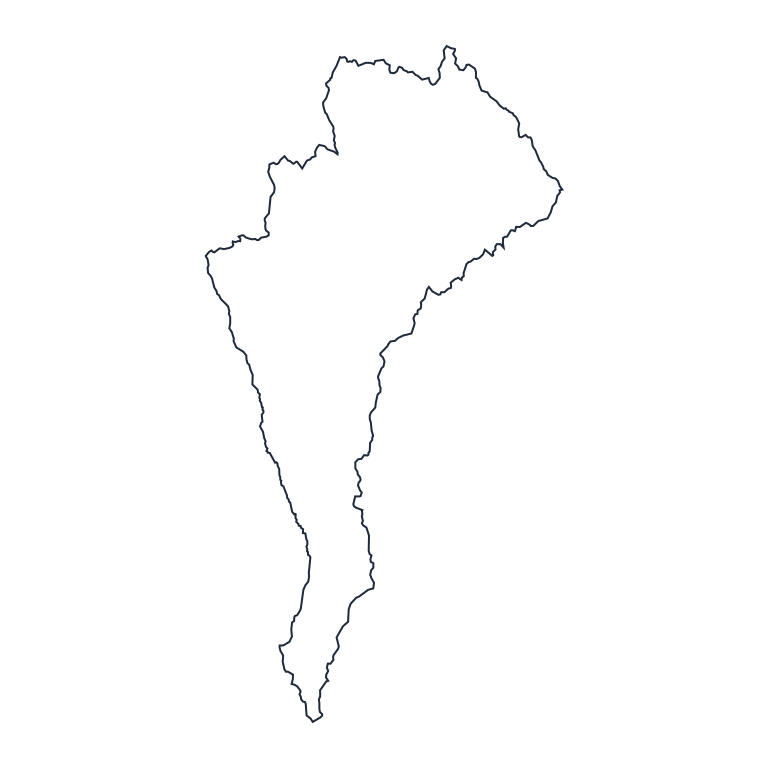 Andahuaylas, Apurímac, Peru (Equal Earth projection)
{"feature_id": "86281439B76349531023919", "entity_name": "Andahuaylas", "entity_type": "district", "adm_level": 2, "iso_a3": "PER", "parent_name": "Peru", "parent_adm1": "Apurímac", "projection": "equal_earth", "projection_center": [-73.404, -13.978], "detail": "fine", "context": "isolated", "style": "outline", "palette": "slate", "viewbox_px": 768, "rotation_deg": 0, "n_neighbors": 0, "source": "geoboundaries", "source_scale": "gbopen_adm2", "svg_char_len": 6049}
<svg xmlns="http://www.w3.org/2000/svg" viewBox="0 0 768 768"><path d="M466.6,64.9L465.5,67.6L463.4,70.2L459.5,69.6L457.6,65.9L455.1,63.6L456.1,58.3L453.1,54.0L455.0,50.4L454.8,48.9L451.0,48.2L446.6,46.1L443.7,50.4L444.6,58.4L442.0,61.8L440.6,66.2L438.4,69.2L439.6,73.0L439.8,77.9L435.2,83.9L432.8,84.8L431.0,83.7L429.6,81.2L428.8,78.0L422.1,79.6L417.5,75.6L415.9,75.2L412.5,71.8L407.9,72.4L407.0,71.4L403.5,70.0L402.2,67.9L399.4,66.8L398.5,67.4L397.0,71.1L395.1,72.7L393.3,73.2L390.4,72.7L389.3,69.6L389.8,65.3L385.8,63.3L383.6,59.8L375.2,61.0L373.9,64.3L370.7,62.9L365.8,62.8L358.4,65.8L355.5,60.5L353.5,60.2L351.8,61.9L349.9,61.2L348.3,61.9L347.2,61.5L346.6,58.8L344.6,57.1L341.3,57.7L340.0,57.1L336.6,65.7L332.8,72.4L331.5,77.9L330.4,78.3L329.9,80.1L326.0,83.4L326.5,85.9L328.5,87.7L329.0,90.1L326.2,98.2L323.0,102.7L323.4,106.5L325.2,112.7L326.7,114.0L329.2,120.1L333.1,126.3L333.6,128.4L333.1,131.4L334.7,136.0L333.8,140.3L335.0,142.8L334.6,144.9L335.2,147.5L337.7,152.8L337.5,154.3L334.2,151.7L327.4,149.3L324.8,146.2L319.2,144.9L317.0,147.6L315.1,151.8L315.5,156.2L311.8,157.4L310.2,159.4L306.9,160.6L302.2,168.5L297.2,161.8L296.3,161.7L293.6,163.7L293.0,163.6L289.9,161.0L288.1,160.6L284.5,156.2L280.5,159.8L278.7,163.0L277.2,164.0L276.0,164.2L273.7,162.7L269.4,164.4L269.3,167.6L268.2,171.7L269.7,176.4L274.2,185.2L274.6,188.4L274.1,192.2L270.6,196.8L268.9,213.4L264.8,218.3L264.7,220.4L265.6,222.9L265.2,226.0L265.5,229.1L266.0,230.4L268.7,232.6L268.6,235.4L266.0,236.8L261.2,237.6L258.7,240.0L257.0,240.1L255.4,239.0L251.9,239.3L248.5,238.4L245.9,237.5L243.5,235.4L241.8,235.4L238.6,236.6L240.4,238.7L240.2,241.2L238.0,241.1L235.4,242.1L232.8,241.4L232.6,242.8L233.3,244.9L232.5,246.4L229.6,247.9L224.1,249.1L219.7,248.3L214.3,252.4L212.8,251.9L211.6,250.5L209.2,251.8L205.7,256.0L207.6,259.3L208.6,265.1L207.6,267.8L208.1,273.0L210.8,276.1L212.1,278.8L214.3,287.5L216.5,291.0L217.2,294.0L219.1,295.3L220.8,299.0L228.0,306.2L229.3,311.0L228.9,313.8L230.2,317.1L230.2,323.6L229.3,328.2L231.9,332.3L233.8,338.6L233.6,341.1L236.3,347.4L243.4,351.8L246.3,355.5L246.5,359.6L247.5,363.2L249.2,364.7L250.5,369.9L252.7,374.9L252.4,384.5L257.6,389.6L258.0,392.4L259.9,394.3L259.3,397.7L260.0,399.2L259.8,400.8L261.1,402.7L261.9,407.0L262.8,407.5L262.5,409.8L263.4,410.6L263.4,412.5L261.7,414.8L262.5,421.7L261.2,422.9L260.0,426.5L263.0,431.8L264.2,438.1L265.6,441.3L265.0,443.4L266.2,447.3L267.4,448.4L266.5,451.0L267.5,451.4L267.7,452.6L269.8,453.0L275.1,462.7L276.1,462.3L277.3,463.1L277.7,466.0L279.2,469.0L279.4,475.2L280.2,476.9L280.3,479.8L281.3,480.8L280.9,482.3L281.5,485.1L283.4,486.3L287.0,495.5L287.1,497.7L288.5,499.3L289.1,501.7L290.2,502.4L292.2,511.9L294.2,514.4L295.0,513.8L295.7,514.2L295.5,518.0L296.7,519.8L296.2,521.8L298.5,524.0L298.7,525.6L300.6,526.0L301.0,527.8L303.1,529.2L302.9,533.0L305.4,533.5L306.3,539.2L307.3,541.0L307.4,544.6L306.4,546.6L307.3,549.4L307.0,551.2L308.0,552.1L307.9,554.7L309.4,555.6L310.4,557.3L308.8,572.9L309.1,576.3L308.2,581.8L305.6,584.9L303.4,589.7L300.8,608.6L300.0,610.7L297.1,615.3L295.0,615.9L294.3,617.3L294.1,621.0L292.1,622.5L291.3,629.3L291.9,636.6L289.4,641.8L283.4,645.4L279.6,645.5L279.6,647.5L280.5,651.0L283.2,655.6L282.7,661.7L284.5,669.6L286.1,671.8L287.8,671.6L293.0,674.6L292.8,679.2L291.6,684.0L294.7,684.8L297.2,686.4L300.3,690.5L300.6,691.7L299.5,694.4L300.8,696.7L301.1,699.3L303.0,701.6L304.9,702.0L305.7,703.7L306.6,715.5L310.6,718.5L312.7,721.9L320.3,717.5L322.2,715.6L322.1,714.1L319.9,712.0L319.4,708.9L319.3,702.1L318.8,699.8L320.2,696.2L320.1,690.2L326.3,681.4L328.2,680.8L326.0,677.5L326.3,674.6L328.2,670.9L326.9,667.8L327.8,663.6L330.5,663.7L333.4,659.9L333.1,656.6L333.6,655.1L338.2,648.6L338.8,646.4L336.6,637.4L343.0,626.2L348.1,621.8L348.7,609.2L350.7,603.7L356.1,597.8L359.1,596.5L368.0,589.9L373.2,588.4L373.4,587.6L374.0,582.7L371.4,578.2L370.2,574.6L371.2,570.2L373.3,567.8L373.4,563.3L370.8,561.8L370.4,559.4L371.5,555.4L369.7,554.2L368.7,550.9L369.0,535.6L366.4,527.5L363.0,525.3L361.9,523.3L362.9,520.9L361.8,516.2L362.4,514.3L361.9,511.0L362.4,510.1L355.6,507.5L354.0,506.2L353.3,504.2L355.2,496.4L359.9,496.4L360.7,495.9L361.7,492.4L360.1,490.5L358.0,485.4L358.7,482.5L360.3,480.7L360.5,479.5L360.0,477.2L357.8,474.5L357.4,471.6L355.4,468.5L355.3,462.4L358.2,459.2L361.5,458.8L364.0,455.2L367.5,455.5L368.4,454.7L368.5,452.7L369.7,451.4L370.1,443.0L372.2,439.9L372.3,437.2L373.1,436.0L371.6,430.2L370.8,422.5L369.8,419.2L369.7,415.6L370.9,412.6L375.3,407.5L375.8,402.7L377.6,394.5L380.4,391.9L380.6,387.9L379.5,385.4L379.3,381.0L378.1,378.0L378.1,376.2L381.4,368.4L383.5,366.4L384.5,361.4L383.0,357.6L380.4,355.0L380.3,353.5L387.7,345.9L388.1,344.5L390.4,341.5L395.1,340.8L398.0,338.1L403.0,335.6L411.4,333.5L414.4,324.6L414.6,322.9L413.4,318.3L415.3,314.3L417.4,313.9L417.7,310.4L420.8,308.3L421.2,304.7L420.8,302.2L424.7,298.5L427.0,289.6L428.9,286.9L432.5,291.5L438.5,294.8L440.3,294.4L441.2,292.2L444.4,292.2L448.4,288.6L450.8,288.0L451.2,286.5L450.7,282.6L454.8,279.3L458.3,277.8L461.5,280.0L461.9,277.6L463.7,276.3L463.6,273.1L466.5,264.1L468.8,261.9L470.3,261.8L474.2,258.7L476.2,259.1L479.3,258.0L483.1,254.3L484.9,249.7L492.3,255.9L493.3,255.1L492.8,253.0L493.2,251.7L495.5,249.6L495.3,246.4L496.9,244.1L500.5,244.2L503.6,247.6L502.9,243.1L503.1,237.9L505.1,236.8L507.1,236.7L510.8,230.4L512.3,230.2L514.9,231.2L516.2,226.8L519.9,227.0L526.0,222.8L529.7,224.7L531.0,226.1L533.3,225.9L538.2,221.1L547.6,218.4L550.8,212.2L552.5,206.3L555.9,202.4L557.3,195.9L560.0,192.5L559.7,190.2L562.3,189.6L559.7,186.0L558.0,181.1L555.6,178.6L552.4,177.8L547.8,174.9L546.3,171.4L543.7,169.0L543.2,166.7L540.8,162.0L539.5,160.6L535.5,150.5L532.7,146.2L531.8,140.2L530.6,137.5L528.0,137.3L525.6,134.9L521.7,137.2L519.8,137.1L519.1,136.1L518.2,129.5L519.2,123.3L516.2,117.3L513.5,115.0L512.8,113.3L509.0,111.7L508.7,110.8L506.5,109.6L505.7,108.3L503.8,108.7L499.8,105.6L496.4,101.2L490.1,96.7L487.5,92.4L481.6,90.6L479.4,85.4L478.7,81.7L477.3,78.8L475.9,77.8L476.0,72.2L474.9,68.6L469.0,64.6L466.6,64.9Z" fill="none" stroke="#1e293b" stroke-width="2"/></svg>